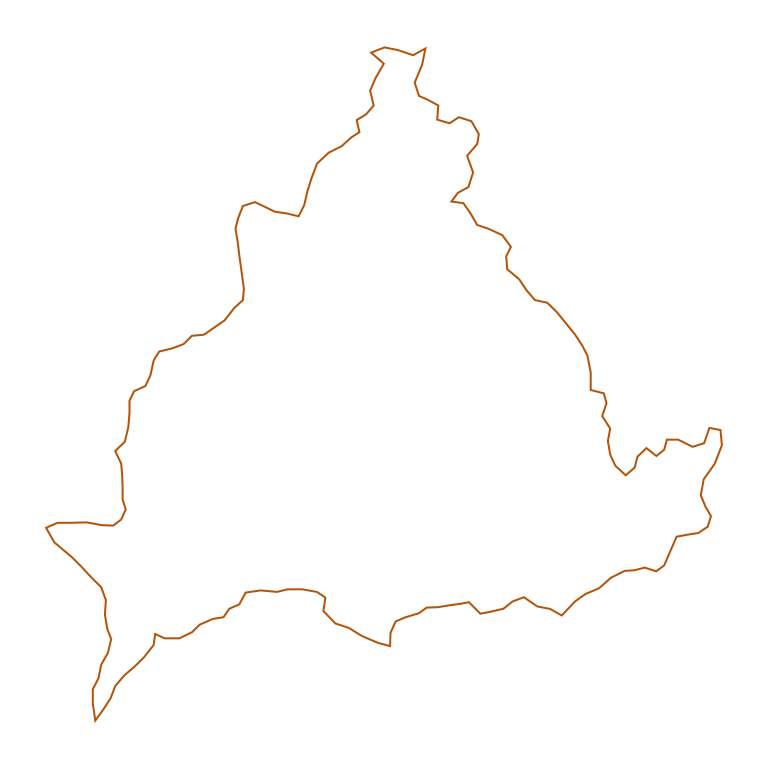 Florestal, Minas Gerais, Brazil
{"feature_id": "56859067B66859822929128", "entity_name": "Florestal", "entity_type": "district", "adm_level": 2, "iso_a3": "BRA", "parent_name": "Brazil", "parent_adm1": "Minas Gerais", "projection": "albers", "projection_center": [-44.443, -19.858], "detail": "fine", "context": "isolated", "style": "outline", "palette": "amber", "viewbox_px": 768, "rotation_deg": 0, "n_neighbors": 0, "source": "geoboundaries", "source_scale": "gbopen_adm2", "svg_char_len": 2467}
<svg xmlns="http://www.w3.org/2000/svg" viewBox="0 0 768 768"><path d="M371.1,52.6L383.8,63.7L375.8,77.6L370.1,90.5L373.7,105.5L366.0,114.4L356.7,120.1L359.4,132.2L351.2,137.5L341.6,146.2L328.9,152.5L317.0,163.6L311.7,177.7L307.6,190.6L304.3,204.9L298.6,216.3L286.5,213.4L274.8,211.7L265.8,207.3L255.0,202.1L242.9,206.0L238.0,218.5L235.5,228.5L237.6,241.3L239.2,254.6L241.7,272.7L243.9,288.8L242.9,300.1L234.3,307.9L224.5,320.5L213.0,328.4L204.0,334.7L191.9,335.8L183.6,344.1L172.1,348.4L159.2,351.5L153.7,360.4L150.4,375.4L145.3,386.1L134.2,391.1L129.5,400.7L129.5,412.9L128.3,427.2L124.8,441.8L115.2,451.0L121.2,463.6L122.2,475.3L122.6,487.7L122.6,499.3L125.7,509.5L121.2,519.5L113.2,525.6L102.2,525.2L86.8,522.4L70.0,522.8L57.5,522.8L46.1,527.8L54.3,542.4L71.7,557.0L81.7,567.0L91.1,577.2L101.2,587.2L105.9,600.1L104.9,614.4L107.3,629.0L111.2,639.0L107.9,652.9L101.2,664.7L98.5,678.2L92.8,689.3L92.8,703.4L95.3,720.6L103.3,709.5L110.6,698.2L115.3,686.0L124.3,675.4L134.8,666.4L143.8,657.5L153.6,645.1L155.2,634.0L164.6,638.3L179.4,638.3L192.0,632.2L199.8,624.6L212.9,618.9L223.5,617.2L229.3,608.7L239.3,604.4L245.6,592.6L260.8,590.4L276.9,591.9L287.6,589.3L302.3,589.3L316.9,591.9L325.4,597.6L323.4,611.1L335.5,623.5L348.6,627.8L362.1,636.1L378.0,642.9L390.1,646.1L390.5,632.9L395.6,621.5L405.7,617.2L418.8,613.3L426.7,607.6L437.8,607.2L448.8,605.4L459.7,603.9L468.9,602.2L480.4,613.7L490.4,611.8L503.5,608.7L512.5,601.5L523.9,597.2L537.4,606.5L550.1,608.9L561.8,615.5L574.9,601.5L585.7,593.9L599.0,588.3L611.1,577.6L624.6,570.9L634.9,570.2L644.7,567.6L656.2,571.3L664.1,565.5L670.5,550.7L676.6,536.7L687.9,534.6L698.3,533.0L707.7,526.7L711.0,516.1L705.7,507.1L700.8,495.4L703.7,479.3L714.7,463.8L721.9,445.3L720.5,430.1L709.4,427.9L704.1,443.2L692.6,446.8L678.3,439.7L666.9,439.7L664.2,449.7L656.4,456.0L646.4,448.1L637.4,456.8L634.7,467.5L625.7,475.3L615.3,465.7L610.2,454.6L607.9,441.1L610.2,428.5L602.2,416.1L606.5,403.3L603.8,393.3L590.7,390.0L590.7,372.6L587.5,355.8L582.4,345.8L575.0,334.5L566.0,323.4L557.0,312.3L547.2,302.7L534.9,300.1L526.7,290.5L519.3,279.4L507.2,269.2L506.2,256.3L510.9,246.8L502.3,235.2L488.8,228.9L477.2,225.0L470.4,213.2L463.4,203.2L451.4,201.5L457.9,192.8L468.4,187.1L473.1,172.5L467.1,155.8L477.2,144.0L478.8,134.0L471.4,121.2L458.9,117.2L449.5,123.3L437.2,119.6L438.3,105.5L428.2,100.0L419.0,95.9L414.7,82.6L422.1,64.8L425.4,48.5L413.1,55.2L398.3,50.2L384.6,47.4L371.1,52.6Z" fill="none" stroke="#b45309" stroke-width="2"/></svg>